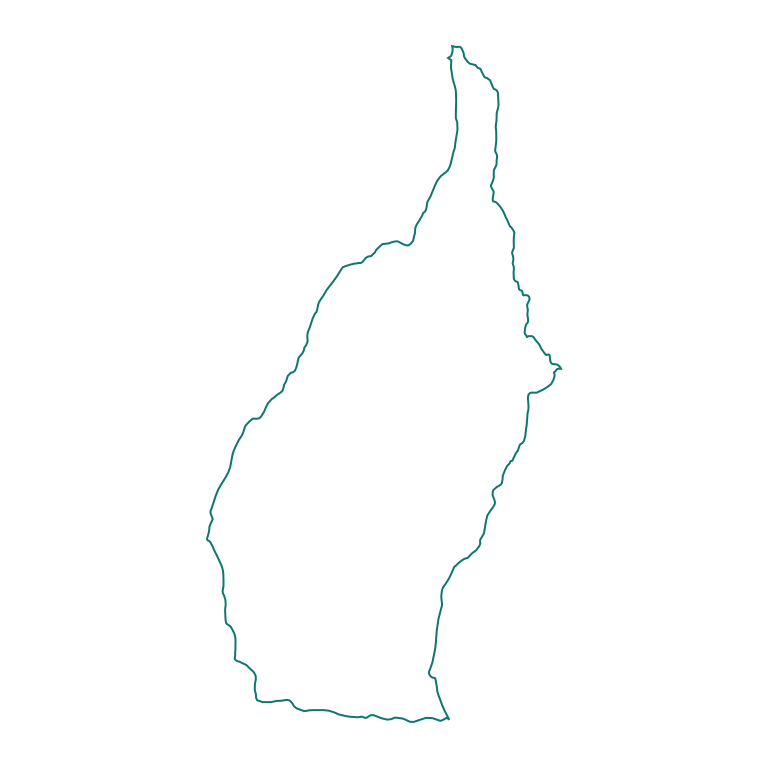 Manta, Cundinamarca, Colombia (Equal Earth projection)
{"feature_id": "7082276B33353054610225", "entity_name": "Manta", "entity_type": "district", "adm_level": 2, "iso_a3": "COL", "parent_name": "Colombia", "parent_adm1": "Cundinamarca", "projection": "equal_earth", "projection_center": [-73.55, 4.993], "detail": "fine", "context": "isolated", "style": "outline", "palette": "teal", "viewbox_px": 768, "rotation_deg": 0, "n_neighbors": 0, "source": "geoboundaries", "source_scale": "gbopen_adm2", "svg_char_len": 6081}
<svg xmlns="http://www.w3.org/2000/svg" viewBox="0 0 768 768"><path d="M513.4,230.5L511.4,227.5L509.8,226.1L507.3,220.2L505.7,217.1L504.4,213.9L503.0,210.9L501.5,208.6L499.8,206.2L497.7,203.8L496.3,202.4L493.1,201.2L492.7,200.0L492.7,199.1L492.9,197.1L493.5,194.1L493.6,192.7L493.6,191.7L492.9,190.0L491.4,187.5L491.1,186.4L491.0,185.7L491.1,184.9L492.7,181.4L493.6,178.5L493.8,177.0L493.7,173.4L493.9,170.5L494.1,169.6L495.7,166.6L496.4,164.6L496.6,163.5L496.6,160.7L496.7,159.4L497.0,158.2L497.1,156.7L497.0,155.5L496.8,154.6L495.5,151.9L495.2,150.8L495.2,149.9L496.2,142.1L496.3,139.2L496.2,131.4L495.7,126.9L496.0,123.8L496.5,120.7L496.7,113.2L498.3,106.8L498.5,104.8L498.1,94.9L497.8,92.5L497.0,90.6L495.2,89.4L494.0,89.1L492.9,87.3L491.3,83.1L489.9,80.1L488.1,78.9L487.2,78.1L485.4,77.6L484.3,76.7L481.8,72.0L480.8,69.5L479.8,68.4L478.2,68.2L476.9,66.9L475.6,65.1L469.9,63.7L468.0,62.1L465.2,58.6L464.1,56.5L463.6,53.0L462.1,49.4L460.8,47.4L459.8,46.8L458.2,46.8L456.6,47.1L452.1,46.1L452.1,46.6L452.6,47.7L452.6,50.1L452.3,52.2L451.5,54.8L450.9,56.1L450.4,56.5L448.1,58.0L451.3,60.2L451.0,66.7L451.1,69.1L451.6,71.5L452.5,77.8L453.5,81.9L454.9,86.4L455.7,89.9L456.0,93.9L456.2,100.9L455.9,110.4L455.8,117.1L456.0,118.7L457.2,122.4L457.4,126.5L457.4,130.3L455.4,142.5L454.7,148.5L453.7,150.9L450.7,163.7L449.7,166.7L447.8,170.4L445.3,172.7L443.8,173.7L440.8,176.1L437.6,180.2L436.5,182.2L434.8,185.9L430.7,195.9L429.6,198.0L427.7,201.3L427.1,203.5L426.5,207.6L425.6,210.6L424.9,211.7L424.2,212.2L423.2,213.0L422.5,214.8L420.1,219.3L416.8,224.4L415.7,226.8L415.2,228.4L415.0,233.1L414.0,236.3L413.7,238.3L413.0,240.9L410.7,243.8L408.5,245.3L406.1,245.3L403.0,244.2L398.0,241.5L397.1,241.3L396.1,241.3L392.0,242.1L388.7,243.4L382.4,244.1L380.2,246.0L376.3,249.8L374.6,252.8L371.0,256.1L368.2,256.5L365.7,257.9L362.8,261.7L360.7,263.1L358.6,263.0L356.2,263.5L355.0,263.5L351.0,264.4L345.0,266.3L342.8,267.3L342.1,268.2L340.4,270.7L337.1,276.1L331.8,283.3L326.6,290.0L326.3,290.7L323.0,296.1L320.6,299.6L319.0,302.2L318.2,304.5L317.1,310.0L316.4,312.0L315.1,313.5L312.8,318.1L309.7,327.6L307.7,332.5L307.3,335.5L307.3,337.5L307.7,341.3L306.1,345.2L304.4,347.6L303.8,350.4L302.2,353.6L298.6,357.7L297.9,360.6L297.1,364.6L295.9,368.6L294.8,370.9L293.0,372.3L290.9,372.7L287.8,375.9L286.1,381.3L284.1,384.8L283.5,387.8L282.4,390.9L280.5,392.6L276.9,395.0L273.5,397.9L271.7,399.1L268.0,403.2L265.7,407.8L264.0,411.9L260.9,416.8L259.2,418.3L256.4,418.8L252.9,418.6L249.7,421.2L245.6,425.5L244.7,427.5L243.6,431.3L242.6,434.1L240.9,437.0L239.0,439.7L235.6,446.4L233.8,450.5L232.5,454.6L230.2,467.1L228.3,472.3L225.5,477.5L221.4,484.1L218.3,489.4L215.9,495.3L211.8,507.8L210.6,510.9L210.5,513.2L212.7,519.2L210.3,524.3L209.4,526.9L209.3,529.7L208.6,533.2L207.0,538.9L207.7,540.4L209.3,541.0L210.3,542.2L212.6,546.3L214.1,550.0L216.9,555.6L221.8,566.2L222.8,570.0L223.3,573.7L223.5,580.1L223.5,586.0L222.8,589.6L222.6,591.5L223.0,593.5L223.9,595.2L225.4,599.8L225.7,604.6L225.1,609.6L225.4,617.4L225.8,621.7L226.1,623.1L227.2,624.3L228.3,624.9L230.0,626.2L231.0,627.2L233.2,631.2L234.7,634.6L235.3,637.4L235.5,640.6L235.4,650.0L235.1,653.1L235.2,655.7L234.8,658.0L234.8,659.1L235.6,660.0L236.9,660.9L239.1,661.6L246.3,665.0L249.5,668.2L252.5,670.9L254.1,672.6L255.7,675.9L255.8,679.5L254.9,683.9L254.8,689.9L255.9,694.2L256.1,697.9L257.3,700.3L262.6,702.1L271.1,702.1L276.6,700.9L280.8,700.8L286.7,699.9L288.9,700.2L290.4,701.1L292.2,703.2L294.1,706.3L296.7,708.4L303.8,711.0L306.2,710.9L309.4,710.3L313.8,710.1L323.7,710.1L328.8,710.7L334.2,712.4L339.0,714.5L346.3,716.2L350.5,716.8L358.0,717.3L361.9,716.6L364.8,717.8L366.5,717.8L370.6,715.2L373.6,715.2L381.8,718.3L387.2,719.6L391.1,719.2L394.6,717.7L396.8,717.7L402.8,718.6L405.9,719.9L410.0,721.8L413.8,721.9L425.7,717.9L430.8,718.0L433.0,718.3L440.2,720.8L442.3,720.3L444.6,718.9L446.4,718.0L448.4,718.8L449.3,719.8L444.7,710.9L442.2,705.4L439.6,698.1L438.7,695.9L437.3,691.4L436.8,686.6L435.7,680.4L435.3,678.7L434.6,677.9L433.3,677.8L431.6,677.2L430.2,675.8L429.1,673.8L428.9,672.0L430.9,666.9L432.5,662.0L435.1,649.3L435.9,642.1L436.7,631.0L438.5,618.7L442.0,605.3L442.0,603.3L441.4,598.8L441.3,595.6L441.9,591.0L442.6,588.5L443.2,587.2L445.8,583.6L448.9,578.6L450.9,574.6L454.2,566.9L455.5,566.0L458.2,563.3L460.5,561.4L463.2,559.5L465.0,558.6L467.7,557.9L471.5,553.8L474.4,551.5L475.6,550.7L476.5,550.0L478.3,547.3L479.0,546.5L479.6,545.5L480.2,543.8L480.1,540.9L480.2,539.7L484.0,533.4L486.0,521.0L487.3,515.6L488.1,514.2L490.8,510.2L493.2,506.9L494.8,504.0L495.0,502.1L494.3,499.7L492.5,494.7L492.8,491.9L493.5,489.9L496.3,487.4L500.7,484.7L501.8,483.3L502.6,479.0L502.8,475.7L504.9,470.4L507.0,466.1L509.7,463.3L510.4,461.6L511.0,461.0L512.0,460.9L512.6,460.2L514.5,456.0L516.3,452.5L518.0,450.4L519.3,446.0L520.0,444.7L520.8,443.9L522.4,443.1L523.3,441.7L524.0,440.9L525.3,435.8L526.1,428.4L526.6,426.0L527.6,412.9L528.2,410.7L528.4,408.9L528.5,406.6L528.2,401.3L527.9,398.9L528.0,396.6L528.6,394.5L529.6,393.4L530.2,393.0L531.7,392.6L536.7,392.7L543.5,389.4L547.7,386.8L551.2,384.0L553.4,379.9L554.6,376.0L554.5,374.1L553.9,372.8L554.2,372.1L555.1,371.5L556.4,369.8L557.5,368.9L558.4,368.7L561.0,368.8L560.3,367.3L558.6,365.6L557.0,364.5L552.6,364.0L551.7,363.5L550.6,362.1L550.1,359.8L549.8,356.3L549.5,355.0L548.5,354.5L547.7,354.6L546.4,355.0L545.1,354.0L541.4,348.9L539.2,344.4L536.2,340.9L533.4,337.0L531.7,336.1L528.8,336.1L527.7,336.5L527.0,337.0L526.0,335.2L524.9,333.8L524.6,332.2L524.8,330.6L525.1,329.0L525.2,327.7L525.9,324.9L526.7,323.7L527.8,322.4L528.1,320.9L528.2,319.7L527.4,315.2L527.5,313.0L527.8,309.7L527.1,305.7L527.3,304.5L527.9,302.9L529.0,300.8L529.6,299.3L529.4,298.0L528.9,296.5L527.6,295.4L524.7,295.1L523.5,295.4L522.9,294.5L522.4,291.8L521.9,290.9L521.0,290.4L519.7,289.9L519.0,289.1L518.1,283.2L517.6,282.2L517.1,281.8L515.8,281.4L514.5,280.1L513.8,278.6L513.6,272.3L513.9,269.1L513.7,266.4L512.6,263.3L513.3,260.3L513.4,258.6L512.9,255.8L512.2,253.6L512.1,252.3L512.8,250.4L513.9,248.0L513.7,240.5L513.9,236.7L514.4,232.8L513.4,230.5Z" fill="none" stroke="#0f766e" stroke-width="2"/></svg>